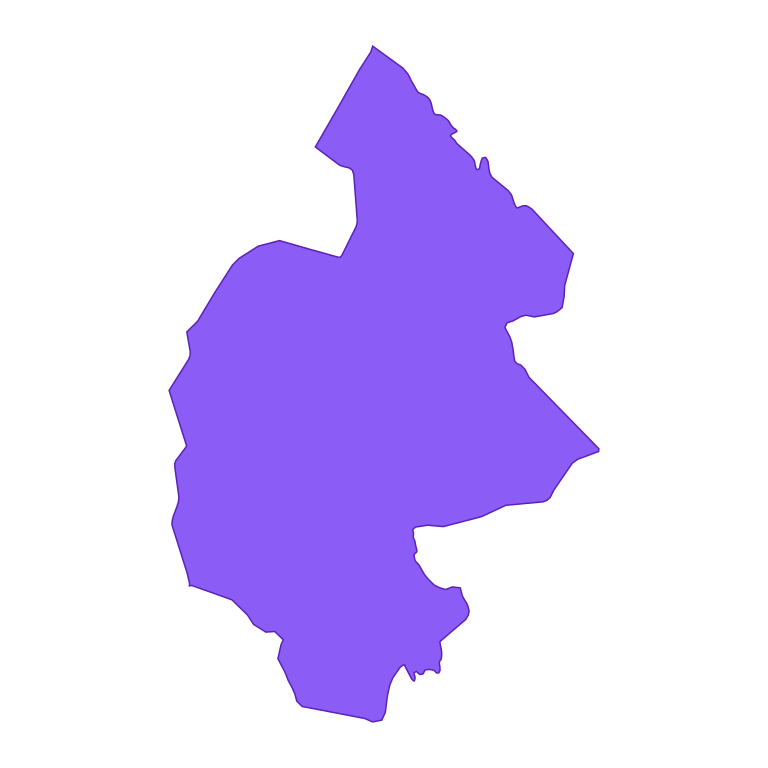 SVG path tracing the border of Jämtland
{"feature_id": "SWE-189", "entity_name": "Jämtland", "entity_type": "County", "adm_level": 1, "iso_a3": "SWE", "parent_name": "Sweden", "parent_adm1": "", "projection": "orthographic", "projection_center": [14.766, 63.349], "detail": "fine", "context": "isolated", "style": "filled", "palette": "violet", "viewbox_px": 768, "rotation_deg": 0, "n_neighbors": 0, "source": "natural_earth", "source_scale": "10m", "svg_char_len": 2827}
<svg xmlns="http://www.w3.org/2000/svg" viewBox="0 0 768 768"><path d="M372.6,46.3L372.7,46.1L373.3,46.6L402.9,68.1L407.3,73.3L408.8,75.6L410.1,78.0L411.0,80.2L417.3,91.3L418.2,92.3L419.7,93.2L423.8,94.8L426.9,96.7L428.4,97.9L430.1,100.4L431.2,103.3L432.8,110.3L434.0,113.1L434.8,114.2L435.7,114.6L440.5,115.0L443.7,116.8L447.2,119.6L448.7,121.1L449.7,122.7L450.4,124.3L453.1,127.7L455.1,129.0L456.7,130.5L456.9,131.1L456.3,131.8L451.3,134.5L450.6,136.0L451.8,137.6L453.7,139.2L455.1,140.8L456.6,143.3L470.5,155.6L472.7,158.3L473.9,160.1L474.3,161.0L474.7,162.0L475.2,165.3L476.2,168.8L476.8,169.5L477.5,169.6L479.5,168.6L480.5,163.3L481.1,161.2L482.2,158.1L485.5,157.4L487.1,159.7L488.1,161.9L489.0,169.4L490.0,173.6L491.9,177.2L508.5,190.9L511.7,195.3L514.0,202.7L515.8,206.7L517.1,208.0L523.0,205.8L526.1,205.7L528.5,206.8L531.9,209.1L573.4,253.6L564.7,285.5L564.1,296.7L562.1,307.6L556.8,311.9L553.4,313.5L534.4,316.9L525.9,315.2L521.0,316.5L513.2,320.8L507.0,322.9L504.9,327.5L509.8,336.7L511.8,342.4L513.4,351.3L513.8,355.6L514.8,361.4L517.3,363.8L520.7,365.0L524.9,369.2L528.9,377.2L598.9,448.8L598.6,451.5L577.8,459.2L572.3,463.2L554.1,489.7L550.0,497.7L546.8,500.4L543.2,501.8L505.8,505.3L481.6,516.6L443.3,526.6L427.6,525.2L415.9,527.0L413.6,528.6L412.7,530.2L413.1,531.5L413.4,532.6L413.5,533.8L413.4,535.0L413.3,536.0L413.3,537.0L413.4,537.8L414.4,539.9L414.9,541.3L415.9,546.5L416.8,549.8L416.9,551.1L416.4,552.4L414.8,553.6L413.9,555.1L415.1,560.7L419.1,565.1L424.4,574.5L428.4,579.4L434.2,585.1L439.7,587.8L445.6,589.5L452.4,586.9L460.3,587.9L462.3,595.8L464.8,600.4L466.8,603.4L468.1,606.8L469.1,611.1L468.3,615.0L465.8,619.4L440.6,641.0L439.8,641.9L441.3,649.6L441.7,653.0L441.6,656.2L441.1,659.5L439.8,660.9L439.4,662.3L439.4,664.0L439.9,666.8L440.0,670.4L438.8,672.9L436.5,672.9L433.9,670.2L429.2,669.4L425.1,670.0L423.0,674.0L419.8,674.5L416.3,671.5L414.0,672.7L415.1,677.8L414.7,680.2L414.1,681.0L412.8,680.2L411.6,678.9L405.2,666.7L404.7,664.9L402.9,665.2L400.2,667.2L392.7,678.0L389.8,685.1L387.5,695.1L385.3,712.5L381.7,720.2L372.6,721.9L364.8,718.5L302.2,706.5L296.8,701.2L294.9,694.1L292.4,688.2L288.2,680.4L285.0,672.2L277.9,658.7L281.1,644.5L283.3,639.9L274.8,631.5L265.9,632.1L253.7,624.5L247.4,614.9L231.9,599.8L191.8,585.5L189.4,585.9L189.5,583.2L187.3,573.7L186.8,572.0L172.0,525.0L172.1,521.2L173.4,515.9L176.9,506.8L178.5,501.5L178.9,497.1L174.9,467.7L174.7,463.7L175.8,460.6L186.7,446.1L174.2,406.7L169.1,390.4L188.6,359.4L190.1,355.7L190.2,351.5L186.8,331.9L197.7,321.1L214.8,292.5L232.5,265.0L238.9,258.5L258.3,246.1L279.5,240.6L308.8,249.0L338.2,257.2L340.3,257.2L341.9,255.3L356.0,226.9L357.1,223.4L357.2,219.9L353.8,174.8L352.4,170.2L349.4,168.0L343.0,166.4L339.5,165.1L315.3,147.0L337.6,108.3L359.5,69.6L370.8,52.0L372.6,46.3Z" fill="#8b5cf6" stroke="#5b21b6" stroke-width="1.5"/></svg>